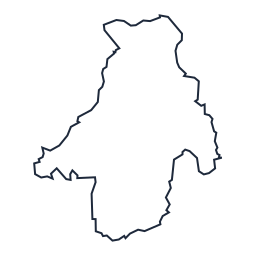 Kochani, Kočani, North Macedonia
{"feature_id": "65306769B7034673009325", "entity_name": "Kochani", "entity_type": "district", "adm_level": 2, "iso_a3": "MKD", "parent_name": "North Macedonia", "parent_adm1": "Kočani", "projection": "orthographic", "projection_center": [22.415, 41.994], "detail": "fine", "context": "isolated", "style": "outline", "palette": "slate", "viewbox_px": 256, "rotation_deg": 0, "n_neighbors": 0, "source": "geoboundaries", "source_scale": "gbopen_adm2", "svg_char_len": 1439}
<svg xmlns="http://www.w3.org/2000/svg" viewBox="0 0 256 256"><path d="M221.8,157.7L218.9,157.4L219.5,155.0L217.3,153.9L216.0,150.0L217.4,147.6L214.8,141.2L216.3,132.7L214.1,131.3L211.5,122.1L212.5,118.9L209.3,115.2L204.8,114.0L204.6,104.4L201.2,105.8L195.2,101.2L197.7,99.6L198.8,81.3L194.5,77.7L184.1,76.0L185.8,73.6L179.2,67.3L177.2,62.6L175.5,50.8L177.3,44.7L181.8,40.2L182.0,33.6L168.0,16.9L159.7,15.4L160.0,17.4L150.1,21.1L143.3,20.5L135.8,25.2L130.8,25.6L124.0,21.0L116.4,20.0L103.8,24.8L104.5,30.2L119.3,48.3L115.8,50.1L115.4,52.2L113.7,51.8L114.1,53.5L107.4,59.1L106.5,66.9L103.2,69.0L102.1,73.1L103.9,81.5L102.3,86.8L98.9,90.1L97.8,102.0L91.2,110.1L78.3,117.0L77.4,121.2L79.2,122.3L70.9,126.8L67.4,135.5L59.3,145.5L50.2,150.6L42.3,147.6L43.7,153.5L42.6,157.1L38.7,159.1L39.6,161.9L34.2,163.4L35.1,174.1L41.2,177.5L47.2,176.4L52.6,178.6L51.0,173.7L56.7,168.3L66.2,179.1L70.6,179.9L70.2,174.2L72.4,170.4L77.5,175.4L77.3,178.1L95.0,177.3L95.6,182.2L91.6,193.7L92.4,219.0L95.6,219.1L95.8,231.3L101.5,233.2L103.0,236.1L106.8,235.5L112.5,240.6L118.8,239.5L124.2,235.9L125.5,238.2L130.0,233.6L138.1,229.7L144.6,231.1L160.4,224.3L159.9,221.7L162.7,216.0L168.9,212.4L166.4,210.2L169.7,204.4L165.9,197.5L170.8,188.0L169.2,181.6L171.9,179.9L174.0,159.6L182.5,154.4L182.5,152.0L185.2,149.6L189.6,151.1L197.0,158.0L198.9,171.2L203.8,174.4L209.0,173.1L215.1,168.4L214.1,159.7L221.8,157.7Z" fill="none" stroke="#1e293b" stroke-width="2"/></svg>